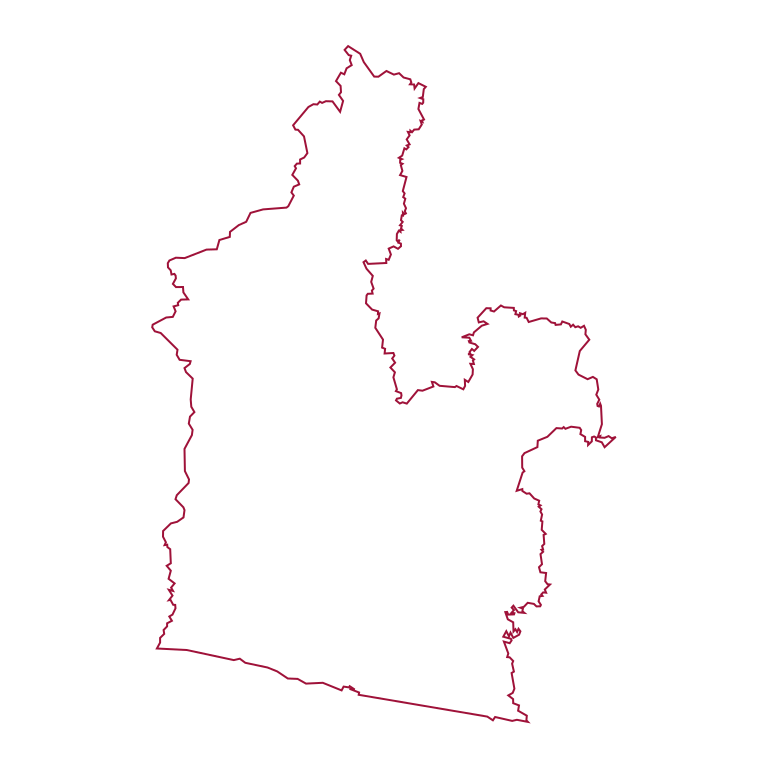 the district of Tasikmalaya, Jawa Barat, Indonesia
{"feature_id": "22746128B89217704079934", "entity_name": "Tasikmalaya", "entity_type": "district", "adm_level": 2, "iso_a3": "IDN", "parent_name": "Indonesia", "parent_adm1": "Jawa Barat", "projection": "albers", "projection_center": [108.182, -7.428], "detail": "fine", "context": "isolated", "style": "outline", "palette": "rose", "viewbox_px": 768, "rotation_deg": 0, "n_neighbors": 0, "source": "geoboundaries", "source_scale": "gbopen_adm2", "svg_char_len": 6095}
<svg xmlns="http://www.w3.org/2000/svg" viewBox="0 0 768 768"><path d="M504.2,307.3L500.9,305.5L494.0,311.5L490.6,310.5L490.6,308.3L486.3,308.2L477.6,317.7L478.8,322.4L483.6,321.3L487.5,323.9L481.8,325.7L473.9,332.4L473.0,335.3L469.3,334.3L461.7,337.3L469.3,337.7L471.0,340.8L468.9,341.1L469.4,342.5L475.2,344.2L478.0,346.9L474.2,350.9L471.9,349.0L469.5,352.1L470.3,353.6L468.1,354.2L472.4,355.1L470.5,356.9L474.1,359.4L472.9,360.5L473.9,364.0L470.4,363.8L472.9,369.2L472.6,374.5L468.3,382.0L464.8,379.8L465.1,385.9L463.3,389.3L456.5,386.0L454.9,387.1L439.6,385.8L434.8,382.3L431.9,381.9L433.4,386.5L422.5,390.7L417.9,390.1L406.8,403.6L402.6,402.3L399.8,403.5L396.0,400.4L396.9,398.7L400.9,397.9L401.5,395.4L401.1,393.1L395.9,391.1L396.9,389.3L393.4,377.3L394.9,372.3L390.4,367.5L395.1,362.7L392.2,358.5L394.4,355.6L393.4,353.0L384.6,353.5L385.1,348.8L382.1,347.6L383.0,339.6L375.3,327.8L376.2,320.5L378.6,318.4L379.5,313.4L377.9,314.0L378.1,311.3L372.1,309.6L366.0,303.3L366.6,295.4L367.8,293.8L372.6,293.6L371.9,290.6L373.6,288.6L371.2,281.9L372.8,275.9L366.5,268.7L363.5,262.2L365.8,260.5L368.1,263.9L386.3,263.0L386.1,259.0L388.7,259.8L390.9,254.5L388.7,248.6L393.6,246.4L398.0,248.8L401.0,246.2L400.9,243.6L398.4,242.7L399.6,239.7L397.7,241.5L396.7,240.3L396.9,234.0L398.8,230.7L400.5,231.8L400.3,230.1L402.5,229.9L401.0,228.4L401.8,226.0L400.0,225.3L402.7,221.9L401.0,220.2L401.8,215.4L403.0,215.6L402.9,212.6L404.3,214.2L405.9,213.4L404.8,211.2L406.0,208.2L403.9,203.7L405.3,198.7L403.2,197.1L404.6,193.4L402.8,191.1L406.5,177.0L400.1,175.1L402.4,170.9L400.8,165.1L402.5,163.8L400.1,162.8L400.2,159.8L401.9,159.1L398.9,157.8L402.2,155.6L404.4,148.3L406.3,149.4L408.5,147.1L406.8,145.5L409.6,144.4L406.7,139.4L409.6,135.4L407.9,131.9L410.4,132.2L410.4,130.7L412.1,132.1L414.2,129.6L418.7,129.3L421.8,124.5L420.6,121.0L422.4,121.8L421.9,120.5L424.0,119.5L418.4,109.0L419.5,102.9L422.2,103.9L423.2,102.7L423.3,99.2L420.1,98.0L422.8,97.0L423.8,89.1L425.8,86.8L418.4,83.1L414.6,88.5L414.1,84.5L410.0,84.3L411.3,82.4L410.3,79.3L403.6,77.5L399.1,73.2L393.9,74.6L386.4,71.0L378.4,76.7L374.2,76.6L363.8,62.1L360.2,53.8L348.1,46.1L344.6,49.9L348.7,55.1L351.2,55.7L349.8,60.1L351.7,65.1L346.6,68.3L344.3,74.3L340.9,72.7L336.0,81.1L340.6,85.9L341.0,92.2L338.9,94.9L343.1,100.9L340.1,111.8L332.5,101.4L325.9,101.2L322.1,102.9L319.8,101.6L317.3,104.5L313.4,104.2L308.4,107.0L293.1,125.3L295.4,129.6L298.0,129.8L304.0,136.4L307.4,153.1L304.2,157.5L300.1,159.5L300.1,163.5L296.9,163.6L294.7,166.1L296.0,168.3L292.3,174.9L297.9,180.7L299.2,184.4L293.8,186.7L291.4,192.4L293.8,195.6L288.3,206.2L286.5,207.6L263.1,209.4L250.5,212.9L246.2,221.8L238.8,225.1L230.0,231.9L229.8,236.9L219.4,240.0L216.8,249.3L206.5,249.6L184.7,258.1L175.9,257.7L169.4,260.5L167.8,263.2L168.0,267.4L170.7,270.3L171.5,274.5L174.4,273.9L175.6,275.6L175.9,278.4L172.9,283.9L176.0,287.1L183.0,287.0L183.4,292.4L188.2,299.4L181.1,299.6L177.8,302.8L178.2,305.2L173.6,306.4L175.6,311.3L172.8,316.9L166.2,317.5L152.7,324.7L152.2,327.3L154.8,331.3L160.7,333.0L177.5,349.7L176.7,354.8L179.6,359.8L190.6,361.2L189.8,364.0L184.5,368.1L186.0,372.1L192.7,378.6L190.7,399.4L191.3,406.8L194.4,412.1L190.0,416.6L188.8,423.6L192.6,429.8L191.9,435.1L184.5,448.9L184.9,471.1L189.0,479.4L188.6,483.0L176.8,495.2L175.5,499.2L183.4,507.3L184.5,510.1L183.5,517.4L177.2,521.8L170.9,523.4L163.1,531.0L163.0,536.7L165.9,542.3L164.6,545.1L167.2,544.7L167.4,547.1L170.2,549.2L170.8,563.3L166.7,565.8L170.8,570.7L168.6,578.8L174.6,583.4L171.1,587.6L173.0,590.9L168.8,589.8L172.5,595.6L168.9,600.2L170.5,599.9L173.2,604.8L175.2,604.9L175.5,608.3L172.5,614.6L169.3,616.5L171.9,620.8L167.1,623.3L167.1,626.4L163.6,630.0L164.2,633.9L160.1,637.9L160.1,642.6L156.9,648.5L186.7,650.0L233.8,660.1L239.8,658.7L245.3,662.8L267.5,667.5L277.2,671.4L287.8,678.5L297.6,678.9L306.0,683.6L322.8,682.8L341.6,690.4L343.6,686.6L349.0,687.4L349.7,686.2L354.7,689.5L349.5,688.8L359.1,692.5L358.7,694.8L487.3,716.6L492.9,720.3L495.1,717.0L512.2,720.9L516.9,719.8L527.9,721.9L526.4,720.3L526.8,715.7L518.1,710.7L519.0,705.4L513.2,703.2L513.1,699.1L508.3,695.4L512.7,692.9L514.4,688.7L511.6,673.0L513.9,671.6L512.1,663.7L513.2,661.0L509.6,657.3L507.2,657.1L508.3,653.5L503.9,641.6L509.7,643.2L511.6,640.4L510.9,638.8L503.3,636.7L506.3,631.2L509.0,636.4L510.5,632.6L513.3,637.9L519.1,634.7L520.4,631.3L518.5,628.8L517.1,632.0L515.4,629.2L513.5,631.5L513.2,622.3L507.8,619.3L505.3,612.1L507.1,611.9L508.2,614.6L514.0,614.4L514.4,613.2L511.6,612.7L513.9,610.1L511.7,607.6L513.4,605.7L518.2,612.3L524.4,612.9L522.4,611.2L522.9,608.6L520.4,607.7L523.9,606.8L527.7,602.8L533.9,603.9L536.5,606.4L540.2,606.3L540.9,604.9L538.6,601.3L539.7,596.3L542.5,595.9L541.3,594.4L543.2,592.4L546.1,592.7L544.8,589.5L550.0,584.5L547.5,584.2L545.2,581.2L546.1,573.0L540.4,572.3L539.0,567.2L542.0,564.2L540.5,554.1L543.1,551.8L541.5,549.8L543.1,549.5L542.1,546.1L544.3,543.9L543.6,534.9L545.7,533.9L541.7,529.8L542.4,521.4L540.8,520.7L542.1,514.5L540.4,511.5L541.5,509.2L538.7,506.7L540.5,505.4L538.4,504.4L539.2,500.7L534.2,498.5L529.5,493.3L526.6,493.7L522.4,491.0L522.3,489.1L516.7,490.8L522.6,472.6L524.4,471.2L522.2,467.6L522.1,456.3L524.5,453.1L537.4,447.1L537.8,440.7L547.4,436.8L556.4,428.1L562.1,428.5L563.7,427.1L565.4,428.8L571.1,426.7L579.7,427.8L581.2,430.1L580.4,434.1L585.1,436.9L585.1,441.2L588.2,441.9L588.1,445.0L591.8,441.4L591.9,437.3L594.1,436.5L595.8,437.4L596.0,440.3L601.8,442.3L604.6,447.2L615.8,436.9L611.8,438.3L608.6,436.1L604.6,437.8L599.8,437.5L600.2,436.1L597.8,437.1L601.9,424.2L601.0,405.8L600.2,403.7L599.0,406.5L597.6,406.0L597.2,403.9L599.3,399.7L596.3,394.7L598.3,389.5L596.7,379.3L592.9,376.9L587.6,379.2L578.5,374.6L575.4,370.4L579.8,351.0L589.3,339.7L585.4,334.3L585.8,329.8L584.0,325.8L580.7,327.8L578.1,326.3L575.3,327.2L573.1,324.7L570.8,326.7L569.3,324.0L562.3,321.5L560.9,324.4L555.6,324.9L555.1,323.1L551.3,322.5L546.8,318.5L541.1,318.4L528.7,322.0L526.6,317.8L524.7,317.6L525.2,312.8L522.9,314.2L520.1,313.3L520.4,315.5L518.8,316.5L518.5,314.8L515.4,314.2L516.1,311.1L513.9,310.4L513.8,307.9L504.2,307.3Z" fill="none" stroke="#9f1239" stroke-width="2"/></svg>